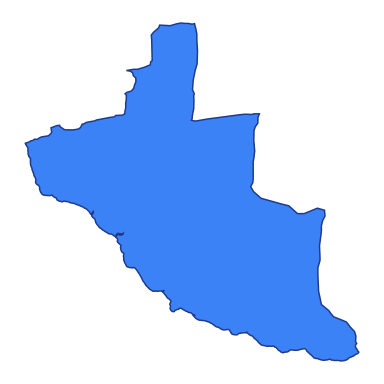 outline of South West Tanna, Tafea, Vanuatu
{"feature_id": "77236927B40431360126678", "entity_name": "South West Tanna", "entity_type": "district", "adm_level": 2, "iso_a3": "VUT", "parent_name": "Vanuatu", "parent_adm1": "Tafea", "projection": "mercator", "projection_center": [169.354, -19.575], "detail": "fine", "context": "isolated", "style": "filled", "palette": "blue", "viewbox_px": 384, "rotation_deg": 0, "n_neighbors": 0, "source": "geoboundaries", "source_scale": "gbopen_adm2", "svg_char_len": 5958}
<svg xmlns="http://www.w3.org/2000/svg" viewBox="0 0 384 384"><path d="M126.4,70.5L130.4,71.2L132.5,72.7L133.4,75.8L135.8,78.0L135.9,81.7L134.6,84.8L133.7,88.2L131.5,91.0L126.7,92.4L125.1,93.8L126.4,95.3L126.2,100.1L125.7,103.2L125.7,108.1L125.0,111.0L124.7,113.8L122.1,115.3L120.5,115.2L115.7,115.5L114.1,116.9L110.0,117.4L96.5,120.0L94.6,120.9L86.3,122.4L84.0,123.8L82.1,124.2L80.7,127.3L79.5,128.3L78.3,129.0L75.7,129.5L72.8,129.9L66.2,129.9L64.1,129.5L60.0,126.6L59.6,125.3L56.9,125.6L51.0,127.8L51.7,132.4L50.2,134.2L48.4,135.8L41.6,136.9L39.2,138.0L37.4,139.3L34.4,139.2L33.2,140.3L30.5,141.0L29.0,142.0L27.1,142.7L25.3,143.2L25.7,144.3L26.7,146.0L28.0,147.9L27.9,151.1L28.2,152.0L28.2,152.5L28.0,153.5L28.1,153.9L28.8,156.4L29.6,157.3L29.9,158.0L30.3,158.3L30.5,158.8L30.4,160.7L30.5,161.6L30.4,162.6L30.6,164.7L31.4,167.1L32.0,168.4L32.0,169.6L32.8,171.2L33.1,172.4L33.6,173.5L34.0,175.7L34.9,177.0L35.6,178.6L35.8,178.9L35.9,179.8L35.6,181.3L35.6,182.3L35.9,183.1L36.6,184.2L38.5,185.5L38.9,185.8L39.2,186.5L39.4,186.8L39.7,187.5L39.5,188.5L39.5,188.9L40.7,192.3L41.7,193.6L42.0,194.2L42.9,194.8L45.2,195.4L46.0,195.4L49.5,195.6L50.5,195.5L52.0,195.0L52.5,195.4L52.9,196.1L53.4,196.6L55.0,197.5L55.9,197.8L56.2,198.1L57.1,200.0L58.9,201.0L62.1,201.8L62.7,201.7L63.6,201.2L64.4,201.1L65.7,201.5L66.8,201.5L68.0,201.7L70.5,202.8L73.9,203.4L74.3,203.6L75.2,203.8L76.6,204.5L79.8,205.6L80.6,206.1L82.8,206.9L84.5,208.1L86.1,208.7L88.6,211.0L89.3,211.8L90.7,214.2L91.1,214.3L91.3,214.3L91.8,213.7L93.0,211.5L93.2,210.7L93.3,212.4L92.8,213.8L91.8,215.1L91.7,215.7L91.9,216.3L93.1,217.7L94.7,218.9L95.0,219.4L95.8,222.5L96.6,223.9L99.5,227.6L100.0,228.0L101.3,228.6L102.0,229.5L102.5,229.8L102.9,230.2L104.2,230.8L105.4,231.8L106.7,232.3L108.1,233.4L108.7,233.7L109.4,233.9L110.6,233.9L111.4,234.1L112.4,234.6L114.5,236.2L115.2,236.3L115.8,235.8L116.7,234.2L117.7,233.3L120.2,233.7L122.5,233.8L122.8,233.7L123.3,233.3L123.2,233.8L123.1,234.0L122.2,234.6L121.9,235.0L121.6,235.1L120.3,235.1L117.8,234.5L116.9,235.3L116.3,236.4L115.8,236.8L115.6,237.0L115.8,237.4L116.5,237.8L117.0,238.3L117.6,239.3L117.6,240.0L117.4,240.3L117.3,241.4L117.8,242.4L119.3,243.9L120.3,244.7L121.0,245.4L121.0,245.8L120.5,247.1L120.7,249.0L121.1,250.4L121.8,251.9L122.3,252.4L123.2,252.9L123.8,253.8L123.8,254.6L123.6,255.1L123.4,256.1L123.7,257.2L123.7,259.8L124.4,262.0L126.6,266.2L127.0,266.7L128.0,267.1L130.1,267.6L131.4,267.7L132.7,267.9L133.1,267.6L133.6,267.6L134.9,267.9L135.6,268.7L136.0,269.3L136.8,270.1L138.1,272.3L139.7,274.4L140.0,275.2L141.0,276.9L143.3,281.6L144.2,282.4L145.8,285.2L149.6,289.1L151.8,290.5L152.1,290.6L152.7,291.1L153.3,291.2L156.7,291.1L157.3,291.3L158.3,291.3L159.4,291.0L161.0,291.0L161.5,291.2L162.5,291.2L163.4,290.7L164.0,290.0L163.7,291.2L162.8,291.8L162.7,292.2L163.7,292.9L164.7,294.3L165.9,295.6L167.2,297.6L167.7,298.1L168.4,298.6L168.9,298.7L169.1,298.9L169.8,299.8L170.7,300.5L170.9,301.0L170.8,301.9L169.8,304.0L169.9,304.7L170.6,306.0L170.5,307.0L170.3,307.4L170.1,308.4L170.5,309.7L171.8,311.2L172.7,311.6L173.6,311.7L174.4,311.4L174.8,310.7L176.0,310.0L177.4,309.4L178.5,309.2L179.9,308.3L180.7,308.2L181.4,308.4L181.8,308.6L182.7,309.4L184.5,310.2L185.5,311.0L187.3,311.5L188.0,312.2L189.0,312.5L191.2,312.9L191.5,313.1L192.0,313.6L192.3,314.0L192.6,314.8L192.8,314.9L193.9,314.9L195.3,314.7L194.4,315.1L193.6,315.2L193.4,315.4L193.5,316.0L194.3,316.6L194.6,317.1L195.1,317.5L195.8,318.4L198.5,319.9L199.7,320.2L204.6,320.7L207.8,321.7L208.2,322.0L209.2,322.0L210.2,322.9L211.8,323.5L215.9,326.6L218.5,327.4L219.5,327.9L221.1,329.1L222.9,329.8L224.7,329.9L227.6,329.5L228.6,329.5L229.5,330.1L230.6,332.2L231.2,333.0L231.5,333.7L232.4,334.3L233.2,334.5L235.3,334.8L236.8,334.8L237.4,334.7L237.9,334.1L238.6,333.6L239.7,333.3L244.3,332.7L246.2,332.8L246.6,332.6L246.8,332.2L247.3,333.1L248.3,333.7L249.2,334.6L250.5,335.4L251.8,335.8L252.5,336.1L253.5,337.2L253.8,337.9L254.6,338.6L255.6,339.2L256.1,339.8L257.4,340.9L258.7,342.7L259.6,343.4L260.8,344.6L261.9,345.1L263.9,345.6L268.1,346.4L269.6,346.1L272.2,346.3L273.0,346.0L273.6,346.1L273.9,346.2L274.8,347.1L275.6,347.3L276.2,347.5L278.5,350.3L280.2,351.2L280.9,352.0L282.4,352.6L283.2,352.7L283.7,352.6L284.3,352.2L284.6,352.2L287.5,351.9L288.5,351.4L289.8,350.2L290.6,349.9L291.8,349.9L294.7,350.3L296.7,350.3L298.6,350.0L299.8,349.6L300.6,349.4L301.2,349.1L302.8,349.0L304.0,348.6L304.7,348.7L305.5,349.0L306.3,349.9L306.8,351.0L307.0,351.3L308.9,353.0L309.6,353.8L310.5,354.4L312.9,356.6L313.7,357.7L315.9,358.5L317.9,358.6L318.8,359.1L320.9,359.8L323.5,360.3L327.8,359.8L328.7,359.4L330.1,359.1L330.4,359.2L330.9,359.9L331.9,360.1L332.8,360.1L334.5,360.5L338.3,360.4L340.9,361.0L341.2,360.9L341.8,360.7L344.0,360.7L347.4,359.5L348.1,358.8L349.2,357.8L350.5,357.2L351.2,357.0L353.4,356.0L354.4,355.4L355.8,354.3L357.6,353.6L358.3,353.0L358.7,352.5L358.7,351.9L357.8,351.0L356.6,348.6L356.1,348.3L355.5,347.0L355.4,345.6L356.0,344.2L356.7,343.6L355.6,341.8L355.9,336.1L354.5,331.5L350.2,327.0L347.7,323.6L346.1,321.8L333.6,316.8L330.9,313.6L328.8,310.6L321.4,304.5L318.6,291.3L317.9,275.7L317.9,267.7L320.0,260.4L320.0,257.5L319.5,245.9L321.1,233.6L321.4,230.9L321.4,225.7L322.7,220.5L325.0,216.1L324.5,210.2L317.4,208.2L304.2,213.6L297.5,213.6L288.8,205.8L281.8,204.1L261.1,198.3L253.6,191.7L250.7,186.7L252.8,182.6L253.2,179.1L253.2,161.8L253.9,157.9L254.7,151.0L253.8,140.8L254.0,130.8L255.2,126.8L257.8,123.2L258.0,117.3L259.4,113.8L253.9,113.8L251.9,114.5L244.8,114.2L240.1,114.7L207.5,119.0L195.4,121.1L191.5,120.3L192.2,118.3L192.3,116.2L192.7,113.7L193.7,108.9L193.9,102.9L193.9,99.1L193.7,96.2L194.2,93.6L192.5,89.6L193.2,80.3L195.2,70.4L197.1,63.9L197.5,50.8L196.9,41.2L196.8,33.8L195.9,29.2L194.5,23.6L192.2,24.2L188.2,23.4L184.9,23.4L180.9,23.0L176.8,23.8L170.2,25.7L159.7,25.1L158.6,27.9L153.6,32.2L151.3,35.0L151.7,39.9L152.2,60.5L150.6,62.0L150.3,64.8L144.2,67.3L137.5,69.3L133.8,69.3L126.4,70.5Z" fill="#3b82f6" stroke="#1e3a8a" stroke-width="1.5"/></svg>